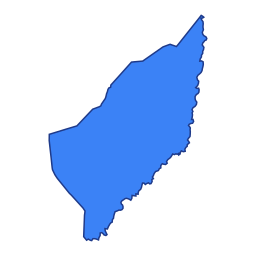 América Dourada, Bahia, Brazil
{"feature_id": "56859067B30516814482905", "entity_name": "América Dourada", "entity_type": "district", "adm_level": 2, "iso_a3": "BRA", "parent_name": "Brazil", "parent_adm1": "Bahia", "projection": "robinson", "projection_center": [-41.478, -11.399], "detail": "fine", "context": "isolated", "style": "filled", "palette": "blue", "viewbox_px": 256, "rotation_deg": 0, "n_neighbors": 0, "source": "geoboundaries", "source_scale": "gbopen_adm2", "svg_char_len": 2784}
<svg xmlns="http://www.w3.org/2000/svg" viewBox="0 0 256 256"><path d="M202.6,16.2L201.2,15.4L199.8,17.2L197.5,20.1L178.0,44.7L176.4,46.5L171.5,44.8L170.1,44.3L168.1,45.0L163.0,46.9L142.7,61.1L136.7,61.6L134.4,61.8L131.5,62.1L117.6,77.6L110.9,85.0L110.6,87.3L109.0,87.8L108.0,89.3L107.3,92.0L106.6,93.6L106.3,95.0L105.9,96.7L105.3,98.5L104.0,100.4L102.5,102.6L101.4,104.2L100.9,105.8L99.4,106.7L92.7,109.2L76.9,125.9L67.6,128.7L65.6,129.3L55.2,132.5L49.3,134.3L49.2,140.5L50.2,149.5L51.1,157.5L52.2,167.9L52.5,169.7L54.9,174.7L57.0,177.9L58.0,179.2L58.9,180.3L69.4,193.3L71.4,195.2L83.0,208.0L85.0,211.0L84.8,213.1L84.5,215.1L83.7,236.7L85.1,238.4L86.6,240.2L88.3,239.1L90.4,240.3L91.7,240.6L92.9,238.7L94.9,238.7L96.8,239.2L98.5,239.9L98.9,237.8L100.1,235.6L100.2,233.0L101.8,232.6L103.1,233.7L104.0,234.9L105.9,235.5L107.0,234.6L106.2,232.9L105.2,230.8L105.0,228.6L107.4,229.0L108.5,226.4L109.8,224.1L110.9,222.8L112.2,222.1L112.4,219.6L113.5,218.3L113.7,216.4L114.2,214.3L115.1,211.7L117.5,210.8L118.9,210.1L120.6,210.2L122.0,209.6L123.0,208.3L123.0,206.5L122.5,205.0L121.4,204.0L120.9,202.3L122.1,200.6L123.5,199.8L124.7,198.8L126.2,198.3L127.7,198.6L129.2,199.2L130.8,200.2L131.8,198.5L132.1,195.4L133.8,195.7L135.9,196.0L135.9,193.9L138.1,194.2L138.2,192.5L138.9,190.7L140.6,189.4L141.5,187.3L142.0,184.9L142.5,183.1L144.0,183.1L145.3,184.5L146.7,183.5L148.5,182.8L149.7,183.9L151.0,183.6L152.1,181.6L151.9,179.4L153.4,178.7L152.4,177.0L153.3,175.8L154.1,173.6L155.6,171.5L156.9,171.1L158.4,170.5L159.4,168.6L160.8,167.9L160.8,165.5L162.3,163.7L163.6,164.2L165.6,164.5L167.2,163.2L166.5,161.6L167.8,159.6L169.3,158.5L170.5,157.5L171.7,155.7L172.7,154.0L174.4,154.6L175.9,153.8L177.2,154.3L178.7,153.4L178.8,154.9L180.0,154.1L180.4,152.4L181.3,150.9L183.3,151.7L185.2,151.3L184.9,149.1L185.9,147.4L187.2,146.3L187.2,144.8L188.2,143.8L189.4,142.8L188.8,141.5L187.5,140.0L188.4,138.4L190.0,136.5L190.2,134.2L190.3,131.7L190.1,129.8L190.3,127.9L189.6,126.7L188.5,125.5L189.2,124.3L190.8,123.5L192.6,123.2L193.6,121.4L193.0,119.4L191.6,119.5L192.2,117.3L192.5,114.8L192.1,112.8L192.9,111.5L192.0,109.6L193.0,107.7L195.0,106.4L196.4,104.5L196.8,102.1L195.5,100.3L195.1,98.6L195.1,96.5L196.4,94.5L198.0,93.5L198.9,92.1L199.1,89.7L198.6,88.2L196.9,88.4L195.7,87.6L197.6,85.6L198.4,83.5L198.7,81.2L197.5,79.9L196.8,77.3L197.9,75.3L199.7,73.8L201.1,72.4L202.0,70.7L202.4,68.5L203.0,66.2L203.3,64.2L203.1,61.8L201.5,60.9L199.8,61.1L200.2,59.0L201.4,57.0L201.5,55.1L202.7,53.4L202.7,51.2L203.5,49.7L203.9,47.3L202.2,44.9L202.9,42.8L203.9,41.8L204.8,40.5L206.2,40.0L206.8,38.5L206.0,36.9L203.9,35.7L202.8,34.3L202.3,32.3L203.4,29.7L203.0,27.4L203.0,26.0L203.2,23.8L203.0,21.7L201.7,19.9L201.0,18.3L202.7,18.0L203.8,17.2L202.6,16.2Z" fill="#3b82f6" stroke="#1e3a8a" stroke-width="1.5"/></svg>